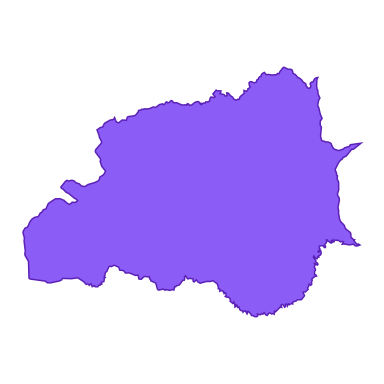 Alcinópolis, Mato Grosso do Sul, Brazil (Robinson projection), rotated 180°
{"feature_id": "56859067B51607126831923", "entity_name": "Alcinópolis", "entity_type": "district", "adm_level": 2, "iso_a3": "BRA", "parent_name": "Brazil", "parent_adm1": "Mato Grosso do Sul", "projection": "robinson", "projection_center": [-53.767, -18.226], "detail": "fine", "context": "isolated", "style": "filled", "palette": "violet", "viewbox_px": 384, "rotation_deg": 180, "n_neighbors": 0, "source": "geoboundaries", "source_scale": "gbopen_adm2", "svg_char_len": 5881}
<svg xmlns="http://www.w3.org/2000/svg" viewBox="0 0 384 384"><g transform="rotate(180 192 192)"><path d="M297.8,99.6L296.6,100.1L295.5,99.8L294.8,98.6L292.9,100.2L291.8,97.3L289.7,98.4L289.0,97.3L287.7,97.2L286.2,97.2L285.2,98.6L283.8,98.9L283.4,100.1L282.3,99.8L282.4,101.8L280.1,102.5L279.6,105.9L278.8,106.6L279.8,107.1L279.1,108.5L278.6,111.5L277.2,112.5L275.3,117.0L274.2,117.9L272.9,117.3L269.8,118.8L265.1,116.7L264.4,113.9L260.4,113.4L258.6,111.0L254.7,111.1L248.7,108.6L246.0,108.9L245.1,105.0L242.7,104.7L240.3,107.1L238.8,107.6L236.5,107.1L234.6,107.4L234.4,105.3L233.4,104.3L233.1,103.1L228.3,101.0L226.4,94.5L225.1,93.9L221.0,94.9L218.8,93.8L218.1,94.5L214.5,93.6L211.3,94.4L210.1,94.0L209.3,97.3L208.2,97.3L207.6,98.2L204.7,99.0L201.2,103.7L199.7,103.8L199.3,105.3L199.5,107.2L198.6,108.2L196.2,105.1L194.2,105.6L191.0,105.1L190.8,102.6L189.8,102.1L187.5,104.2L186.2,102.1L183.8,100.8L177.7,102.5L174.2,102.5L170.9,103.2L169.9,102.5L166.7,100.1L165.6,96.5L165.8,95.3L164.4,95.2L164.0,93.9L164.2,92.8L162.7,93.5L160.9,92.7L159.9,90.4L159.0,91.5L158.0,90.4L157.8,88.7L158.8,87.6L157.6,86.9L155.1,86.7L153.5,84.4L153.9,82.8L151.2,80.5L150.1,82.0L149.2,79.1L149.0,77.0L148.0,77.8L147.7,79.2L146.9,78.5L146.4,76.6L145.0,77.0L144.4,74.7L143.5,73.6L141.3,73.1L141.0,71.8L140.1,72.7L138.6,73.0L136.9,70.1L136.4,71.1L136.7,72.5L135.4,72.5L133.1,69.8L132.5,68.5L130.8,68.4L129.7,67.5L127.9,67.2L126.5,67.7L126.2,68.8L126.6,69.9L123.6,69.2L122.1,70.5L121.1,69.8L119.8,71.3L118.3,69.2L116.7,68.6L115.3,70.6L114.2,71.2L112.4,70.0L111.1,70.5L109.8,69.8L109.5,72.9L108.4,72.2L103.7,77.0L102.3,76.6L103.0,78.8L102.0,79.5L101.0,79.4L99.4,76.8L98.5,77.5L98.6,79.4L97.8,80.1L96.9,79.2L96.6,78.0L95.5,80.1L94.5,79.3L92.4,80.6L91.3,80.0L91.3,81.5L90.5,82.2L87.6,83.2L86.8,84.1L82.5,84.4L79.5,88.3L80.9,91.7L79.8,92.2L78.7,92.0L75.9,94.6L76.5,96.3L75.4,97.5L74.9,99.9L73.4,98.7L72.3,99.6L72.5,101.8L71.8,103.7L72.2,105.3L68.7,107.7L67.5,107.9L68.2,109.2L69.4,109.3L69.5,112.7L68.7,113.5L68.5,114.7L69.8,117.2L69.0,118.8L69.5,120.3L66.7,118.9L66.0,119.8L66.6,121.0L68.1,121.4L68.1,123.2L70.7,126.9L70.2,128.0L68.4,125.6L66.9,125.3L66.4,127.1L65.2,126.8L65.3,128.3L64.0,128.6L63.0,129.9L62.8,131.4L63.3,133.2L64.5,132.8L65.0,131.8L66.0,132.4L63.9,134.9L64.7,135.9L64.5,137.9L62.1,138.4L60.8,137.9L59.6,136.5L58.6,136.5L58.5,137.9L59.6,139.0L57.7,141.3L57.2,142.8L57.7,144.0L56.7,144.1L56.1,143.1L53.0,140.9L52.1,141.4L52.9,142.8L51.1,144.1L51.2,142.1L50.1,142.1L49.3,143.6L48.3,144.0L46.9,143.5L45.8,143.9L43.5,142.1L41.4,142.6L40.5,142.1L41.8,139.8L40.1,140.0L34.4,139.1L30.7,139.8L28.8,138.2L26.8,138.0L24.1,139.0L25.6,140.0L26.7,139.8L27.8,140.5L30.1,143.3L29.4,144.2L30.7,144.5L33.1,147.0L33.2,150.5L34.0,151.8L37.8,154.7L39.1,156.4L39.6,158.5L43.4,162.5L44.4,164.7L45.5,171.3L45.3,173.3L46.1,176.2L44.6,184.0L44.9,186.3L46.2,188.1L46.5,190.4L45.3,194.1L45.4,201.9L46.9,205.1L46.5,208.1L47.5,209.0L47.4,210.5L48.9,214.4L45.8,220.7L43.5,223.9L42.1,224.5L40.9,226.4L37.7,228.0L32.3,234.7L30.6,234.7L23.0,240.8L33.6,239.3L34.8,237.5L38.9,236.4L41.1,234.8L45.3,233.4L49.5,234.7L50.6,235.8L52.0,237.9L52.8,240.3L53.7,241.1L56.2,242.1L58.5,241.9L59.4,242.7L62.2,243.2L63.5,247.6L62.6,256.9L63.8,258.9L63.8,260.9L63.8,262.7L61.9,265.5L63.8,270.1L65.2,276.2L66.4,278.7L65.4,283.5L64.1,286.0L66.0,290.1L66.2,293.7L67.0,295.1L67.4,298.5L67.1,304.3L66.2,306.5L67.8,306.2L69.4,305.2L71.0,302.1L72.4,301.9L73.5,301.1L73.9,299.9L73.0,298.3L73.4,296.9L74.4,295.8L76.0,295.8L78.0,298.4L78.2,300.2L81.2,302.2L81.9,303.6L84.1,305.6L86.2,306.6L88.9,309.7L90.1,310.0L91.0,310.9L91.7,313.7L92.7,314.6L96.1,314.9L100.1,316.8L101.3,316.0L104.3,312.0L104.8,310.4L106.6,310.5L107.5,309.3L112.3,309.0L115.9,309.6L117.6,309.2L119.7,311.6L121.6,310.5L122.7,309.2L122.9,307.8L124.3,307.2L125.3,306.2L125.7,304.7L127.0,304.2L127.8,301.7L130.3,301.2L132.7,302.4L134.1,302.1L135.0,301.2L134.6,298.3L133.9,297.0L134.7,295.9L136.0,295.4L136.3,294.0L137.5,292.6L140.0,293.6L139.9,290.6L143.9,287.3L144.7,284.7L146.3,284.7L147.9,283.8L150.3,285.0L151.3,286.8L153.7,288.5L155.6,290.9L157.3,291.1L156.8,288.4L158.6,287.8L160.1,289.5L164.0,290.3L163.3,291.5L163.1,293.2L166.8,293.2L167.9,293.9L171.1,290.0L168.9,287.3L169.9,286.5L173.0,287.0L173.7,286.2L174.6,282.8L176.0,282.1L178.2,282.1L179.1,280.8L180.8,280.9L181.7,280.2L182.7,280.6L182.6,279.4L183.7,280.0L185.1,282.1L186.5,282.5L189.1,281.6L192.4,279.0L194.4,278.7L195.5,280.0L196.7,280.3L196.8,279.2L202.0,279.0L207.1,281.2L211.0,281.4L211.3,282.7L212.3,283.4L213.6,283.0L214.5,281.6L216.2,281.2L217.3,282.2L218.4,281.5L219.1,280.0L220.4,279.3L221.3,280.2L224.6,279.4L228.3,276.6L230.9,277.0L235.2,275.1L239.9,275.1L241.1,274.5L242.2,274.8L243.1,274.0L245.4,273.6L245.8,272.0L248.5,268.8L249.8,268.2L255.8,267.4L256.7,266.8L257.6,263.7L261.9,264.0L265.2,261.2L267.4,261.9L268.1,262.9L269.4,266.4L270.5,264.5L273.9,263.9L279.5,260.7L281.4,257.0L283.8,256.4L287.0,254.1L284.9,248.7L284.7,246.9L282.5,242.5L282.5,241.1L288.1,234.6L288.7,233.1L288.4,231.7L283.7,225.4L283.3,224.0L283.9,222.8L282.2,217.5L278.4,212.9L280.4,209.3L284.3,206.8L284.6,204.5L286.2,202.9L289.1,201.5L295.9,199.5L299.0,197.5L302.5,197.9L304.7,200.2L308.0,201.2L309.6,202.9L311.0,203.5L312.6,203.7L315.5,202.9L316.9,203.7L318.4,202.8L323.1,197.0L322.6,195.7L321.1,195.0L318.0,191.8L315.3,190.5L309.1,185.4L307.6,184.9L306.4,183.3L308.8,181.5L311.8,181.8L314.1,179.6L316.4,180.5L320.3,183.8L324.2,185.3L328.6,185.2L335.0,181.0L336.0,179.9L338.0,175.1L340.6,174.3L342.4,171.6L343.4,171.2L344.3,170.1L345.0,168.4L346.0,167.4L349.5,166.6L352.0,164.9L353.9,162.5L356.0,157.8L356.7,156.8L358.9,155.9L360.7,152.9L361.0,151.2L359.6,146.1L359.9,142.8L358.7,132.8L359.2,130.2L358.9,128.5L355.5,122.6L355.0,105.9L353.9,105.0L338.9,102.9L336.8,101.3L333.7,101.1L324.7,103.0L322.5,104.0L321.4,105.6L312.5,105.3L306.2,106.2L300.4,102.4L297.8,99.6Z" fill="#8b5cf6" stroke="#5b21b6" stroke-width="1.5"/></g></svg>